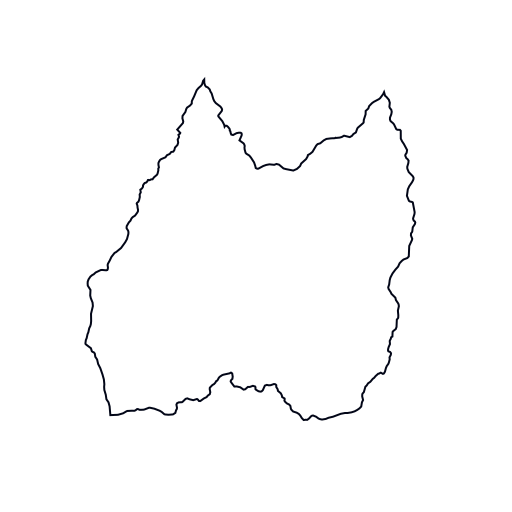 Guaitarilla, Nariño, Colombia (Natural Earth projection), rotated 15°
{"feature_id": "7082276B31690225930459", "entity_name": "Guaitarilla", "entity_type": "district", "adm_level": 2, "iso_a3": "COL", "parent_name": "Colombia", "parent_adm1": "Nariño", "projection": "natural_earth1", "projection_center": [-77.524, 1.156], "detail": "fine", "context": "isolated", "style": "outline", "palette": "ink", "viewbox_px": 512, "rotation_deg": 15, "n_neighbors": 0, "source": "geoboundaries", "source_scale": "gbopen_adm2", "svg_char_len": 6120}
<svg xmlns="http://www.w3.org/2000/svg" viewBox="0 0 512 512"><g transform="rotate(15 256 256)"><path d="M160.3,98.9L159.6,100.4L159.5,104.3L158.7,106.1L157.0,108.6L155.8,111.2L154.9,117.9L154.0,122.5L154.0,123.4L154.5,125.4L153.3,127.8L151.0,130.5L150.6,132.0L150.5,135.2L148.8,139.7L149.3,142.1L150.9,144.8L151.0,146.5L147.2,154.3L151.0,156.7L150.9,157.4L149.7,159.0L150.7,160.5L150.8,161.4L150.2,163.7L151.5,166.7L151.4,169.1L149.7,172.2L149.7,174.9L149.1,176.6L147.2,177.5L146.2,179.8L143.9,181.7L143.0,184.1L139.3,187.0L138.5,188.0L137.9,189.9L137.7,191.5L138.2,193.3L139.3,195.5L139.0,197.0L139.5,198.5L139.6,202.0L139.3,203.2L137.1,206.4L136.2,208.7L134.9,209.1L133.6,210.3L132.2,210.4L131.9,210.6L131.8,211.8L131.0,213.4L129.6,214.3L129.0,215.6L128.6,217.0L128.9,218.3L128.8,219.0L128.3,220.4L127.1,221.9L128.2,224.3L127.7,226.7L128.5,229.1L128.6,232.1L128.4,233.9L127.3,235.5L127.2,236.3L128.4,238.0L129.1,240.0L130.1,241.9L130.4,243.5L130.0,245.0L128.7,248.3L126.8,250.4L126.0,252.0L125.6,254.4L124.5,256.4L123.4,260.5L123.6,262.0L123.9,262.8L125.9,264.6L126.6,265.9L127.0,267.7L127.0,273.0L126.1,276.6L123.6,283.2L119.8,288.5L118.6,289.6L116.6,294.3L115.9,298.2L115.0,301.7L115.0,303.1L116.0,305.5L116.2,307.0L116.0,308.0L115.0,308.6L110.9,309.3L109.6,309.8L105.4,313.4L103.9,315.8L102.9,316.6L101.4,318.7L100.3,321.9L100.1,324.3L100.5,326.2L101.2,328.2L104.9,331.6L106.1,337.1L107.3,339.4L110.2,343.3L111.4,346.6L111.6,354.5L113.6,361.5L114.1,364.5L114.1,366.4L113.6,369.0L113.8,373.1L113.5,375.2L113.7,379.3L113.4,381.1L113.8,384.4L114.1,385.1L115.0,385.6L120.4,387.8L122.1,390.5L122.9,390.9L124.2,391.0L125.5,391.9L126.9,395.0L129.3,397.1L131.5,401.2L134.6,404.6L138.4,410.2L141.0,414.6L142.7,419.1L143.2,421.8L144.2,424.7L146.8,428.9L148.6,433.1L151.4,435.5L153.5,439.1L156.5,447.4L163.8,445.1L168.4,442.3L171.0,439.6L171.8,439.0L175.8,437.7L178.5,437.0L179.5,436.3L180.8,434.6L181.5,434.4L183.4,434.7L186.8,433.7L188.0,433.1L192.0,430.2L192.9,430.0L197.3,429.8L203.0,430.4L205.2,431.0L208.3,432.5L209.1,432.6L212.6,432.0L216.8,430.5L218.7,428.4L218.7,425.7L219.1,424.4L219.0,423.1L217.6,420.2L217.8,418.7L219.2,417.4L222.3,416.4L222.8,415.9L225.0,412.2L226.5,411.3L228.8,411.6L232.7,411.5L236.0,409.4L237.0,409.7L238.4,410.8L239.6,410.6L240.0,410.2L242.6,407.0L244.8,405.1L245.6,403.3L247.1,401.5L247.1,399.4L245.7,396.5L245.5,395.1L247.3,391.9L248.6,390.6L249.5,388.9L249.9,387.2L250.7,386.5L251.1,385.5L251.6,383.3L252.2,382.1L254.0,380.0L255.2,379.1L260.8,376.2L262.0,375.1L263.4,375.6L264.7,378.5L265.0,380.8L264.2,382.1L263.9,383.5L264.3,384.1L265.5,385.1L268.9,387.7L271.1,387.0L274.8,386.9L278.6,388.3L280.1,387.5L282.0,384.6L283.9,384.1L286.6,382.2L289.0,382.3L289.5,383.0L289.9,384.7L290.7,385.2L293.4,386.0L295.1,385.9L295.9,385.7L296.5,385.2L297.3,383.9L298.1,378.9L299.8,377.7L301.8,377.6L303.6,377.0L306.5,375.0L308.0,374.9L309.0,375.5L309.5,377.3L311.4,379.1L312.1,380.6L315.5,382.2L317.0,383.9L317.8,385.5L320.4,386.2L320.7,386.6L320.9,388.4L321.9,389.3L324.0,390.4L326.5,390.9L328.0,391.9L329.2,394.5L329.8,395.2L332.1,396.6L335.9,396.8L338.3,397.5L340.1,398.7L342.2,400.7L344.5,402.1L346.4,401.3L347.9,401.0L349.3,399.2L350.7,396.5L351.5,395.7L352.4,395.3L355.7,395.7L358.4,396.8L360.0,397.0L362.1,396.9L365.6,395.3L367.9,393.5L372.0,391.3L378.7,386.5L382.4,384.7L385.2,383.9L388.7,382.3L391.5,380.5L393.7,378.4L395.3,376.5L396.6,374.2L396.2,369.9L396.7,367.4L394.9,364.1L394.5,362.4L394.5,361.4L395.4,359.6L395.5,353.9L396.4,352.5L397.2,350.0L399.0,347.9L400.6,344.4L401.6,343.2L402.6,341.0L404.5,338.1L405.2,337.8L406.7,336.4L409.1,337.0L409.9,336.4L410.5,334.4L410.5,330.4L410.8,328.4L411.7,326.1L411.9,324.7L411.9,321.3L411.2,319.3L411.8,316.6L411.6,315.0L410.4,314.0L408.5,313.8L407.9,312.9L407.7,311.7L407.7,309.7L408.2,306.4L407.2,303.6L407.2,302.9L407.6,301.2L407.6,299.5L408.6,298.5L407.6,294.0L408.0,293.0L409.9,290.4L410.1,288.2L408.5,281.0L409.3,279.2L409.3,278.5L408.8,276.4L407.2,272.1L407.0,267.5L406.2,265.7L405.4,264.8L402.6,262.4L401.4,260.2L396.5,257.4L395.6,256.2L392.6,253.5L391.8,252.0L392.0,249.1L391.4,244.7L391.4,242.1L392.4,237.5L394.2,233.0L396.0,229.5L396.6,225.8L398.1,223.0L399.4,221.2L402.7,218.8L403.7,216.9L401.4,206.6L402.5,200.4L402.5,199.0L400.3,196.0L399.9,194.0L400.5,192.6L400.6,191.9L400.0,187.7L401.2,184.1L401.2,182.5L400.6,181.6L399.2,181.0L398.3,179.8L398.0,179.0L398.2,174.4L397.9,172.6L393.6,163.7L392.7,163.4L390.5,163.5L389.4,163.1L386.2,158.8L385.4,152.3L386.0,148.8L387.6,144.4L388.1,142.3L388.2,140.8L387.8,139.4L386.7,138.3L381.8,135.4L379.6,132.5L379.0,130.8L379.1,126.8L378.7,124.4L377.3,123.2L375.9,122.6L374.2,120.5L374.1,119.4L374.8,117.3L374.5,114.5L369.8,109.5L367.4,107.4L365.5,105.2L363.4,97.6L362.4,96.9L359.8,97.5L358.6,97.1L355.2,93.1L353.9,92.2L351.1,90.9L350.1,89.6L349.6,87.7L350.0,84.1L349.8,81.6L348.8,79.7L347.0,78.4L346.2,77.3L345.6,73.4L343.9,70.7L340.7,68.5L339.2,67.8L337.3,64.6L336.9,66.8L335.0,71.5L334.1,72.7L329.9,76.6L328.5,78.3L326.5,81.9L326.3,84.5L324.4,87.5L325.2,90.8L324.9,96.6L325.4,99.2L325.1,99.9L321.1,105.8L320.8,106.9L320.5,110.8L318.5,113.0L317.6,115.1L315.8,116.9L309.9,117.0L308.0,118.9L306.1,120.0L302.9,121.2L302.2,121.2L301.7,121.8L298.1,122.9L293.7,124.7L291.5,126.8L288.9,130.5L286.5,132.0L285.6,133.7L283.6,140.8L281.9,143.2L280.0,145.1L280.1,146.4L279.3,149.4L275.7,155.0L275.3,157.7L273.0,161.3L269.9,163.8L262.6,164.3L259.9,164.3L254.6,161.8L252.0,161.8L250.0,163.2L245.2,164.0L242.3,165.4L239.7,167.2L235.7,171.0L234.6,171.4L233.0,171.1L231.8,168.9L229.9,166.1L225.6,162.2L223.5,160.7L220.2,159.7L219.2,159.0L217.4,155.9L216.8,154.2L216.6,152.6L215.7,151.2L214.8,150.4L210.1,148.6L210.9,143.3L210.7,142.0L210.2,141.2L209.3,140.9L207.6,141.3L205.4,142.4L202.5,145.1L200.7,145.1L199.6,143.6L199.0,142.2L198.2,141.7L197.9,140.5L197.4,139.9L195.5,138.5L194.0,137.8L192.6,138.1L192.2,139.2L191.3,137.5L188.6,134.5L183.5,130.9L183.2,130.2L183.3,129.7L185.4,124.8L185.4,123.5L184.8,122.4L183.0,120.9L177.6,118.7L175.6,117.2L174.2,115.5L171.1,110.5L169.3,108.8L168.2,107.1L165.7,105.6L163.7,105.3L162.6,104.3L161.3,102.3L160.3,98.9Z" fill="none" stroke="#020617" stroke-width="2"/></g></svg>